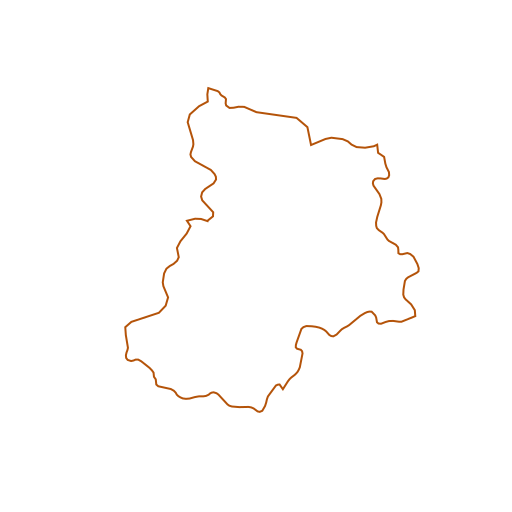 SVG path tracing the border of Haute-Vienne, rotated 226°
{"feature_id": "FRA-5303", "entity_name": "Haute-Vienne", "entity_type": "Metropolitan department", "adm_level": 1, "iso_a3": "FRA", "parent_name": "France", "parent_adm1": "", "projection": "orthographic", "projection_center": [1.157, 45.922], "detail": "fine", "context": "isolated", "style": "outline", "palette": "amber", "viewbox_px": 512, "rotation_deg": 226, "n_neighbors": 0, "source": "natural_earth", "source_scale": "10m", "svg_char_len": 2889}
<svg xmlns="http://www.w3.org/2000/svg" viewBox="0 0 512 512"><g transform="rotate(226 256 256)"><path d="M406.1,333.3L409.9,338.3L401.2,343.0L399.1,343.3L397.1,342.7L395.4,342.7L391.7,343.7L389.7,343.4L386.9,340.2L385.0,339.1L380.9,339.8L378.2,342.9L375.5,347.1L371.5,351.1L359.2,356.2L327.2,381.1L313.0,382.5L297.6,372.7L291.9,387.3L288.7,392.4L279.9,399.5L274.6,401.7L269.8,402.1L264.5,404.0L258.1,409.7L253.1,417.0L251.9,420.5L245.4,415.5L238.3,417.0L232.6,413.2L229.2,411.5L224.0,409.9L221.6,407.9L220.6,405.8L220.9,403.8L221.7,402.5L222.1,402.0L225.4,399.4L227.4,397.4L228.7,395.1L228.4,392.2L227.0,390.5L225.0,389.4L214.8,387.8L210.0,385.8L207.4,383.4L205.7,381.0L199.9,370.4L196.7,365.6L194.2,363.4L192.1,362.3L189.2,362.3L184.8,363.2L183.0,363.3L176.5,362.0L174.4,362.1L167.0,364.4L163.6,364.2L161.6,362.7L159.1,360.4L157.2,360.9L155.7,362.4L153.0,366.9L150.3,368.3L146.1,368.8L138.1,366.5L134.2,364.6L132.1,362.2L132.3,359.9L135.0,350.7L135.2,348.3L134.6,345.8L129.4,338.8L125.9,335.1L123.4,333.8L120.9,333.5L113.4,334.0L106.7,332.6L102.1,328.8L107.7,314.9L109.4,313.2L114.0,309.6L116.8,306.5L118.5,303.4L120.4,298.9L122.3,297.2L124.3,297.0L128.3,299.7L130.5,300.5L135.6,300.5L137.2,299.0L138.4,297.1L139.3,294.7L140.5,289.5L141.6,275.0L142.1,272.6L143.1,269.5L143.7,266.8L143.7,264.7L143.5,259.4L144.5,255.8L146.2,254.5L148.3,253.9L153.0,254.1L155.3,253.8L157.9,253.0L160.5,251.8L163.6,249.8L166.6,247.4L170.6,243.6L171.9,240.7L172.0,238.0L165.6,225.1L164.3,222.9L162.7,221.2L160.8,221.1L157.4,223.1L155.5,223.0L153.6,221.8L145.5,210.2L144.5,207.8L143.8,205.5L143.6,203.3L143.6,201.2L144.1,196.9L144.1,194.6L143.7,191.9L141.5,182.8L147.2,183.7L148.3,182.3L149.0,180.4L146.7,167.0L145.4,164.4L143.5,161.5L141.8,158.3L140.3,153.0L141.3,150.4L143.1,149.2L148.0,148.4L150.4,147.4L152.6,145.8L158.8,139.1L164.5,134.1L166.9,132.8L169.1,132.4L182.4,132.7L184.7,132.3L187.4,130.8L188.5,129.2L189.0,127.7L189.1,125.6L190.1,122.8L191.6,120.7L194.8,117.3L197.0,114.0L199.6,109.2L201.9,106.4L204.4,104.4L206.8,103.4L209.1,102.8L211.3,102.7L213.5,103.3L216.2,103.3L219.5,102.3L230.2,95.2L232.8,95.0L236.9,98.2L240.0,98.7L243.3,101.3L246.1,101.7L249.5,101.7L260.0,100.3L263.3,99.3L265.1,97.4L265.9,95.3L267.2,93.2L270.4,91.5L272.9,91.8L275.0,93.5L276.5,95.8L277.6,98.1L278.9,100.1L289.5,107.4L295.6,112.5L295.2,120.6L282.6,146.7L283.0,156.5L287.3,164.0L298.6,168.4L301.8,170.6L307.3,177.8L309.1,182.8L308.7,187.0L307.6,191.1L307.4,196.0L308.8,199.6L316.7,204.7L319.1,211.9L320.3,221.7L322.9,229.6L329.3,230.8L325.1,238.1L320.8,242.2L314.7,245.4L315.0,245.9L314.4,252.6L317.2,255.6L333.4,256.0L336.9,257.8L339.2,261.5L339.5,266.1L337.7,275.9L338.8,280.4L340.9,282.2L343.7,283.1L349.2,283.3L366.6,277.9L372.3,278.1L374.6,279.4L376.0,281.5L378.5,286.7L379.9,288.6L383.1,291.2L399.7,299.8L403.8,306.7L403.3,319.1L400.6,328.6L406.1,333.3Z" fill="none" stroke="#b45309" stroke-width="2"/></g></svg>